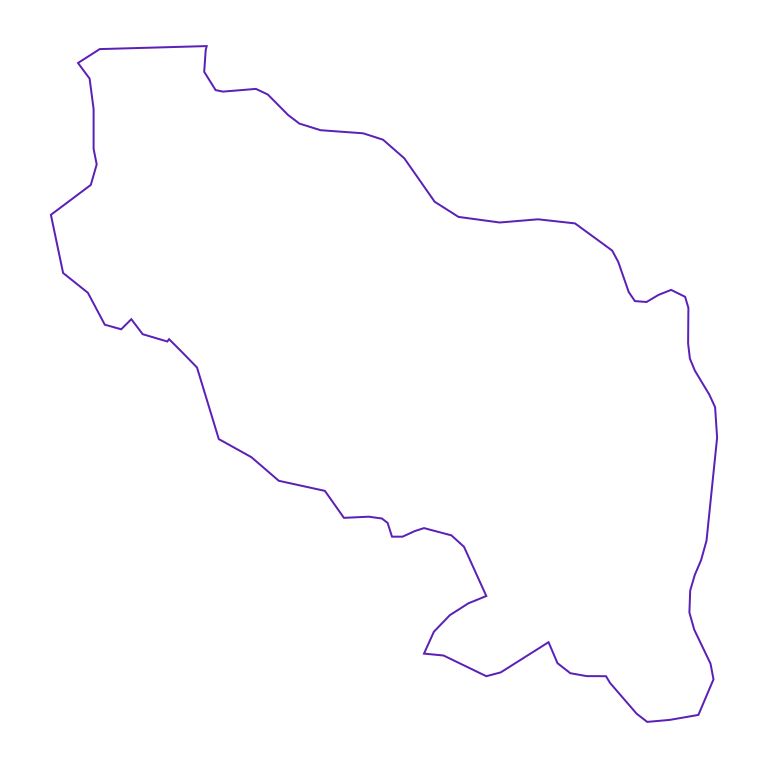 map outline of Bender (Natural Earth projection)
{"feature_id": "MDA-1650", "entity_name": "Bender", "entity_type": "City", "adm_level": 1, "iso_a3": "MDA", "parent_name": "Moldova", "parent_adm1": "", "projection": "natural_earth1", "projection_center": [29.721, 46.757], "detail": "fine", "context": "isolated", "style": "outline", "palette": "violet", "viewbox_px": 768, "rotation_deg": 0, "n_neighbors": 0, "source": "natural_earth", "source_scale": "10m", "svg_char_len": 1339}
<svg xmlns="http://www.w3.org/2000/svg" viewBox="0 0 768 768"><path d="M206.7,46.1L205.7,50.1L204.2,71.8L215.6,90.1L223.0,91.6L255.9,88.9L267.8,94.5L288.2,115.1L299.4,123.6L320.5,130.2L363.1,133.3L383.0,139.7L404.3,158.3L434.7,201.8L458.5,216.9L499.7,222.5L538.0,219.3L575.0,223.4L612.2,250.6L618.3,262.0L628.7,292.0L634.9,301.1L646.5,302.0L658.5,294.9L671.1,289.9L685.1,296.8L688.4,307.9L688.1,343.4L689.9,358.6L694.9,370.7L709.3,394.6L715.1,407.2L717.1,437.7L706.5,540.7L701.1,560.1L694.8,574.9L690.2,590.6L689.4,612.5L694.2,629.6L710.5,663.6L713.5,679.3L698.4,714.9L669.7,719.9L647.2,721.9L636.6,713.7L610.0,682.9L606.3,676.7L606.0,676.2L586.6,676.1L570.3,673.2L557.5,663.2L548.8,642.8L548.5,642.2L500.7,672.4L486.3,676.2L443.5,655.5L424.9,653.7L424.0,653.6L433.9,631.7L449.9,615.1L468.4,603.3L486.3,596.0L464.0,546.8L452.0,535.9L451.5,535.4L424.0,528.1L414.7,531.1L402.5,536.7L392.4,536.7L392.0,536.7L387.6,522.9L382.4,518.9L381.9,518.5L368.8,516.7L344.8,517.8L343.9,517.8L324.9,490.9L278.8,480.8L251.4,457.2L218.8,439.1L197.0,367.5L181.8,351.9L169.6,339.7L169.1,339.2L167.3,341.5L143.0,334.3L142.7,334.2L131.3,319.2L121.2,329.3L104.8,324.7L87.9,292.8L63.1,273.0L50.9,214.8L90.8,184.9L96.7,164.4L93.6,148.9L93.6,109.0L89.6,78.6L78.0,63.0L78.1,62.9L99.7,49.1L205.9,46.1L206.7,46.1Z" fill="none" stroke="#5b21b6" stroke-width="2"/></svg>